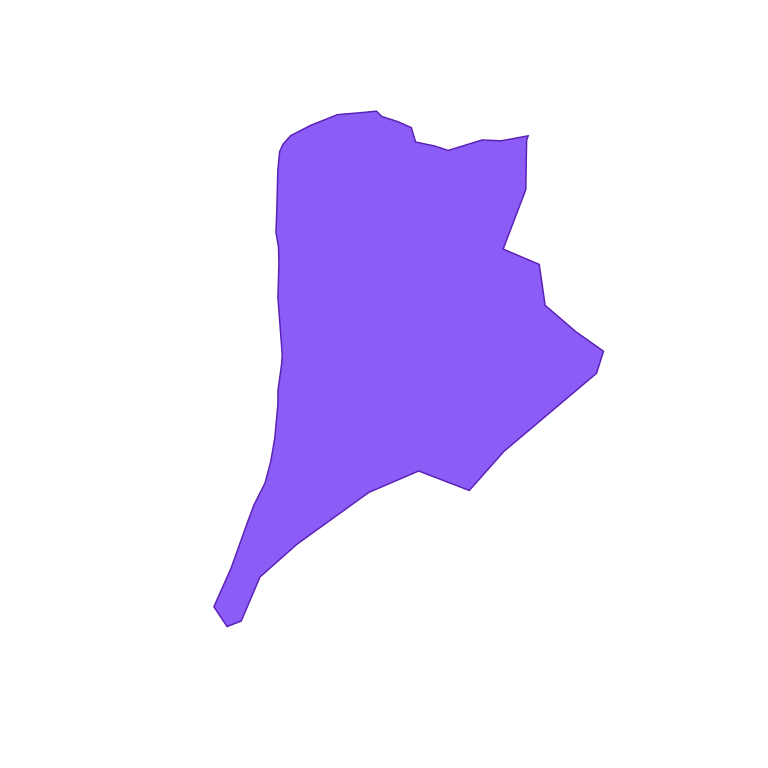 the district of Zongo, Équateur, Democratic Republic of the Congo, rotated 24°
{"feature_id": "63176286B53748739739840", "entity_name": "Zongo", "entity_type": "district", "adm_level": 2, "iso_a3": "COD", "parent_name": "Democratic Republic of the Congo", "parent_adm1": "Équateur", "projection": "natural_earth1", "projection_center": [18.69, 4.178], "detail": "fine", "context": "isolated", "style": "filled", "palette": "violet", "viewbox_px": 768, "rotation_deg": 24, "n_neighbors": 0, "source": "geoboundaries", "source_scale": "gbopen_adm2", "svg_char_len": 912}
<svg xmlns="http://www.w3.org/2000/svg" viewBox="0 0 768 768"><g transform="rotate(24 384 384)"><path d="M414.8,98.6L392.1,114.2L374.5,121.1L347.5,144.6L333.3,146.0L314.5,150.1L304.7,138.7L290.4,138.7L273.2,140.5L266.1,137.8L256.7,143.2L231.9,156.9L211.9,177.4L197.7,195.1L194.2,206.1L194.2,214.3L200.1,232.0L215.4,268.9L223.6,289.4L231.9,301.7L239.0,316.7L251.9,348.1L279.1,398.6L282.6,408.2L289.7,432.8L295.6,446.4L306.2,477.8L312.1,501.0L315.6,522.9L314.4,547.5L315.6,566.6L319.2,614.4L319.2,656.7L332.3,665.0L339.3,669.4L350.0,658.6L349.2,610.7L369.5,566.1L378.5,550.5L414.3,489.1L451.0,449.4L505.2,446.6L508.5,436.2L521.0,396.7L573.8,287.7L571.6,268.2L571.2,264.8L548.1,260.2L538.2,258.3L506.9,248.9L499.2,246.6L489.0,230.4L478.9,214.4L477.2,211.6L468.4,211.8L438.0,212.3L437.3,200.1L434.5,148.7L425.1,126.7L420.6,116.2L415.1,103.2L414.8,98.6Z" fill="#8b5cf6" stroke="#5b21b6" stroke-width="1.5"/></g></svg>